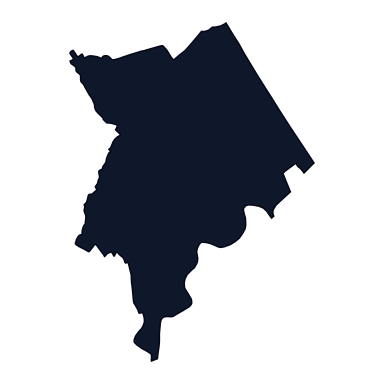 Tam Ky, Quàng Nam, Vietnam (Robinson projection)
{"feature_id": "81297802B35959496403420", "entity_name": "Tam Ky", "entity_type": "district", "adm_level": 2, "iso_a3": "VNM", "parent_name": "Vietnam", "parent_adm1": "Quàng Nam", "projection": "robinson", "projection_center": [108.474, 15.575], "detail": "fine", "context": "isolated", "style": "filled", "palette": "ink", "viewbox_px": 384, "rotation_deg": 0, "n_neighbors": 0, "source": "geoboundaries", "source_scale": "gbopen_adm2", "svg_char_len": 5062}
<svg xmlns="http://www.w3.org/2000/svg" viewBox="0 0 384 384"><path d="M314.0,163.0L303.7,147.4L291.0,128.3L279.4,110.3L270.2,95.5L267.0,90.6L256.9,74.5L244.2,53.5L239.0,44.0L232.1,33.2L226.0,23.0L225.5,23.3L224.8,23.9L220.7,26.0L215.4,27.1L212.4,27.2L208.6,30.2L204.8,31.5L201.5,31.4L200.2,33.0L194.4,40.0L193.9,40.5L191.9,42.9L188.4,46.9L185.4,50.3L182.6,52.6L180.1,54.5L175.3,58.6L174.2,59.6L173.3,59.5L172.9,59.3L170.9,56.8L168.7,53.2L166.7,50.0L163.4,46.3L162.6,45.8L161.9,45.7L161.4,45.8L157.2,46.9L148.4,49.4L143.5,50.9L141.7,51.1L140.6,51.4L138.8,52.0L130.6,54.5L123.4,56.9L119.5,58.3L115.7,59.4L112.7,59.9L112.1,59.8L111.7,59.5L111.4,59.1L109.8,57.5L108.5,56.4L107.1,55.8L105.4,55.7L103.5,56.1L102.8,56.6L102.0,57.8L101.6,58.2L101.0,58.2L100.3,58.1L97.5,56.8L93.6,56.1L90.5,55.8L89.0,56.0L87.4,56.5L85.8,57.3L84.3,58.1L84.1,58.0L84.0,57.9L83.0,55.7L82.3,54.3L82.0,54.1L81.5,54.4L81.1,54.6L78.1,56.9L77.8,56.9L77.5,56.7L77.1,56.2L74.9,52.8L73.3,50.6L73.0,50.4L72.2,50.7L71.2,51.2L70.5,51.9L70.3,52.3L70.0,53.2L70.2,53.9L70.8,54.6L72.6,57.2L73.4,58.4L73.5,58.8L73.3,59.3L71.8,60.3L70.1,61.1L70.9,63.2L71.7,64.1L72.9,64.9L75.3,66.6L75.9,67.6L76.1,70.2L76.2,71.1L76.8,71.9L78.0,72.8L80.1,74.6L80.5,75.5L80.6,76.6L80.6,79.0L80.8,80.9L81.0,81.6L81.7,82.5L82.3,83.0L83.5,84.3L84.1,85.4L85.6,88.3L89.2,94.7L91.4,97.7L92.3,99.2L93.3,101.7L94.0,103.1L94.4,104.2L94.7,106.7L94.9,108.1L95.6,110.0L96.5,111.4L97.0,111.9L98.7,113.8L102.1,117.0L103.0,118.0L103.4,119.7L104.0,120.0L104.5,120.6L105.6,121.8L106.8,122.8L107.6,123.0L109.3,123.0L111.2,123.2L116.2,124.7L117.7,125.4L115.7,129.7L115.8,130.1L118.8,132.9L119.8,133.9L120.5,135.3L118.0,136.5L117.2,137.1L116.3,137.8L115.2,138.9L114.0,140.4L113.4,141.3L112.5,143.3L111.0,146.9L110.4,148.0L110.2,148.4L109.9,148.6L108.9,149.3L110.9,151.7L109.5,152.4L108.7,153.4L107.7,155.6L106.9,157.7L106.4,159.3L106.1,161.4L105.7,162.5L104.8,164.0L103.4,165.9L102.9,166.6L102.7,167.1L102.6,168.1L102.6,168.5L102.1,169.1L101.0,169.7L99.9,170.2L99.0,171.1L98.8,171.7L98.9,173.1L99.3,175.1L99.5,176.6L99.4,178.2L98.5,179.7L98.2,180.7L97.8,182.8L97.2,184.1L95.5,186.4L95.4,187.0L95.8,187.9L97.1,189.6L96.6,190.0L95.9,190.7L94.3,192.1L92.7,193.6L92.1,194.0L91.1,194.2L89.7,194.4L89.2,194.5L88.7,194.8L88.4,195.2L88.0,197.0L87.1,200.6L86.5,202.3L86.3,202.7L85.5,203.4L84.7,204.2L84.3,204.5L84.3,205.0L84.6,206.0L84.7,206.8L84.7,207.7L84.2,209.8L84.2,210.5L84.2,210.9L84.4,211.7L85.2,213.8L85.6,215.1L85.8,215.6L85.9,216.9L85.7,219.3L85.4,222.0L85.3,223.4L85.3,223.7L85.0,224.2L84.2,225.2L83.8,225.7L83.1,227.4L82.2,230.7L82.2,231.4L82.1,233.5L82.0,234.0L81.9,234.4L81.6,234.7L81.3,234.8L81.0,234.8L80.5,234.8L79.8,235.1L79.0,235.6L78.6,236.0L77.8,237.2L76.5,239.5L75.9,241.9L75.6,242.6L75.3,243.3L75.8,244.3L76.0,244.6L79.7,246.9L84.0,249.0L88.3,251.5L88.8,251.7L89.2,251.5L90.3,250.2L93.2,246.6L94.0,245.3L94.7,244.4L94.9,244.2L95.2,244.1L95.6,244.4L97.2,246.0L97.9,247.0L100.7,250.9L102.8,253.7L103.5,254.4L103.8,255.0L104.4,256.3L104.6,256.5L105.3,255.8L107.1,253.7L107.6,253.4L110.2,252.3L111.0,251.9L111.4,251.8L111.7,252.2L113.4,255.0L113.7,255.8L113.9,256.0L114.3,256.0L115.2,254.3L116.0,252.8L116.3,252.0L116.4,251.8L116.8,251.8L117.9,252.8L118.9,254.2L120.5,255.5L122.6,257.3L123.3,258.0L124.0,259.3L124.7,261.6L125.2,262.7L125.5,263.0L126.2,262.7L127.8,262.6L128.2,262.9L128.8,264.8L129.6,268.3L131.3,275.1L131.3,276.2L131.3,276.9L131.5,280.9L131.6,282.9L131.8,284.2L132.3,288.1L132.6,291.4L133.1,296.7L133.5,301.2L134.0,303.2L135.2,304.9L135.8,306.0L137.9,309.9L138.4,311.5L139.0,313.0L139.3,313.2L140.8,312.9L142.3,312.6L142.7,312.7L142.9,313.1L143.8,315.9L144.4,319.2L144.4,321.9L143.9,323.7L142.9,326.3L141.3,328.9L139.2,331.1L135.8,335.7L134.5,338.8L134.2,340.1L134.1,341.4L134.3,342.2L134.9,342.9L136.8,344.8L142.1,348.6L145.2,350.2L148.3,352.1L150.3,353.4L150.9,353.9L151.2,354.2L151.4,354.8L151.5,355.8L151.5,358.2L151.3,360.0L151.5,361.0L152.2,360.7L154.3,359.9L156.9,358.9L157.4,358.7L158.0,353.2L159.0,346.3L159.4,341.3L159.4,333.5L160.2,324.5L160.7,320.8L161.3,319.5L161.8,318.6L163.3,317.3L164.1,316.9L167.4,316.5L170.3,316.7L172.0,316.6L173.3,316.3L174.7,315.3L182.9,310.6L189.5,306.5L190.5,305.4L191.1,304.5L191.6,303.6L191.7,302.5L191.6,300.7L191.2,299.0L188.0,293.6L184.7,288.3L184.5,287.1L184.2,282.8L185.1,278.5L187.4,274.2L191.7,270.0L194.4,267.7L195.5,265.7L196.5,264.1L197.4,261.7L197.7,258.3L197.2,255.0L196.6,251.6L197.3,248.4L198.7,245.3L200.1,243.3L201.5,242.2L203.5,242.2L206.2,242.5L210.0,243.4L215.0,245.4L218.2,246.9L220.7,247.4L224.6,246.7L230.6,244.4L235.0,241.7L239.2,238.2L242.5,233.6L244.9,229.2L245.7,225.5L245.6,221.6L245.4,218.0L244.4,214.6L243.5,210.5L243.4,208.6L244.5,207.2L245.6,205.8L248.2,204.9L252.4,205.0L258.7,206.1L263.1,207.9L266.7,211.1L269.6,215.4L271.6,218.1L273.8,216.1L273.1,214.5L272.8,212.3L273.1,210.1L273.9,208.4L274.4,207.7L276.2,204.9L282.9,198.7L290.4,191.8L285.2,179.2L282.9,173.3L285.0,171.2L294.9,163.9L296.1,163.2L297.2,165.6L298.7,167.2L300.2,168.3L302.6,171.0L304.0,173.0L311.9,165.0L314.0,163.0Z" fill="#0f172a" stroke="#020617" stroke-width="1.5"/></svg>